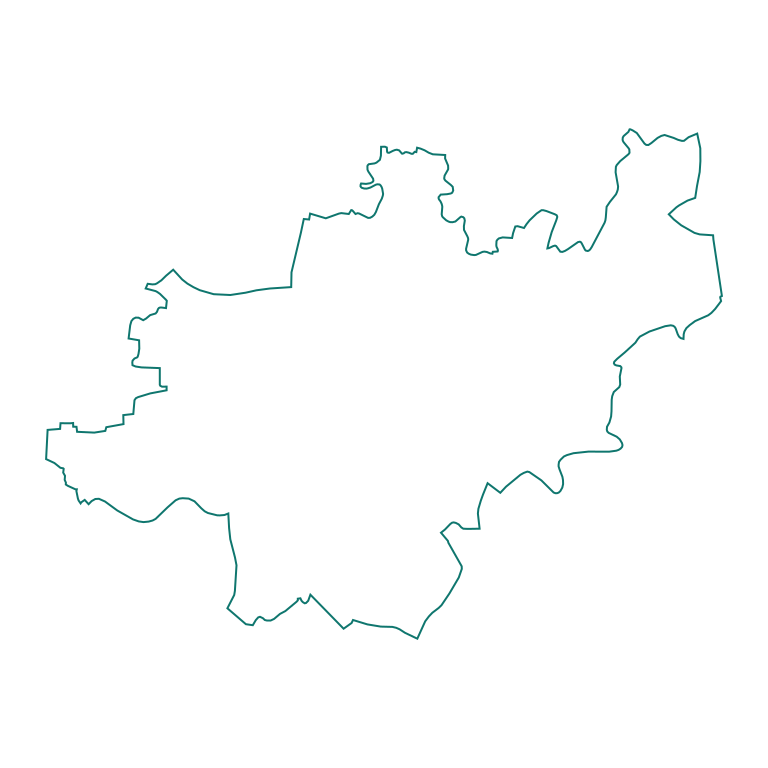 Hai Duong, Hải Dương, Vietnam (Mercator projection)
{"feature_id": "81297802B68427461655945", "entity_name": "Hai Duong", "entity_type": "district", "adm_level": 2, "iso_a3": "VNM", "parent_name": "Vietnam", "parent_adm1": "Hải Dương", "projection": "mercator", "projection_center": [106.339, 20.94], "detail": "fine", "context": "isolated", "style": "outline", "palette": "teal", "viewbox_px": 768, "rotation_deg": 0, "n_neighbors": 0, "source": "geoboundaries", "source_scale": "gbopen_adm2", "svg_char_len": 6094}
<svg xmlns="http://www.w3.org/2000/svg" viewBox="0 0 768 768"><path d="M88.6,504.2L91.6,501.1L95.3,499.0L98.9,498.8L105.0,501.5L117.3,510.5L133.0,519.4L138.7,521.4L143.5,522.1L148.6,521.6L152.6,520.5L155.6,518.9L167.5,507.4L175.6,500.3L179.3,498.6L182.7,498.2L188.7,498.6L194.5,501.3L201.3,508.3L204.7,511.3L207.9,513.0L217.1,515.3L219.7,515.4L224.5,515.0L228.3,513.5L229.1,528.1L230.3,539.3L235.0,557.5L236.5,565.3L234.9,590.9L234.2,595.0L227.4,608.3L245.9,624.2L252.8,625.2L255.8,620.1L258.2,617.4L260.0,616.8L262.9,618.2L264.8,620.0L266.8,620.5L270.7,620.5L274.1,618.9L280.0,613.9L285.3,611.1L296.5,601.8L297.8,600.4L297.8,598.7L300.4,598.3L301.5,600.7L302.8,602.1L304.7,603.3L306.0,603.0L308.2,600.8L310.4,594.7L343.6,628.7L351.6,623.0L353.0,620.0L367.4,624.4L380.8,626.6L392.4,626.9L396.2,627.8L399.6,629.3L405.0,632.8L417.3,638.7L425.2,621.3L428.9,616.4L432.3,612.8L438.6,608.0L441.5,605.2L449.4,593.5L458.8,577.5L461.8,568.9L461.7,566.3L448.4,542.8L447.9,540.9L441.0,532.7L444.9,529.6L450.3,524.0L452.1,522.7L453.6,522.4L455.8,522.9L458.7,524.4L461.3,527.4L463.3,528.7L467.9,528.9L479.6,528.7L477.9,513.5L478.4,508.8L480.8,500.7L483.0,494.6L487.6,483.2L500.3,492.8L506.0,486.7L520.4,474.8L523.8,472.9L527.3,471.6L529.4,472.1L541.4,480.4L553.6,492.5L555.4,493.2L557.0,493.2L558.7,492.6L560.4,491.0L562.3,487.6L563.1,484.1L563.0,480.1L562.4,476.8L559.5,469.3L558.6,466.4L558.6,464.7L559.0,461.9L560.6,459.7L563.9,456.5L566.9,455.1L573.5,453.2L588.5,451.6L609.0,451.7L616.3,450.7L618.6,449.9L620.6,448.6L622.1,446.9L622.5,445.1L622.0,443.1L619.8,439.4L616.7,436.7L608.7,432.9L607.3,431.5L606.8,429.8L607.0,426.8L609.4,422.5L611.1,416.5L611.5,411.3L611.7,399.7L612.2,396.2L613.8,392.0L619.3,387.1L620.2,384.5L619.8,376.5L621.5,368.0L621.3,367.2L620.3,366.1L616.3,365.4L614.6,364.6L613.9,363.2L614.3,361.7L617.2,358.8L624.8,352.4L635.4,342.7L637.7,339.2L639.9,336.6L649.5,331.5L665.1,326.2L670.8,325.3L673.2,325.8L674.6,326.8L675.6,328.3L677.7,334.2L679.0,336.6L680.7,338.1L683.5,338.9L683.7,334.3L684.4,331.5L686.4,328.1L689.7,325.1L695.1,321.1L708.2,315.3L711.4,312.9L715.2,308.9L721.1,301.1L720.2,297.6L720.4,296.7L721.9,296.0L713.4,239.5L713.1,235.3L699.7,234.4L694.5,232.9L681.2,225.3L673.8,219.4L668.8,214.3L676.4,207.3L679.1,205.4L687.5,200.6L695.2,197.9L697.0,186.1L699.7,172.0L700.4,161.1L700.3,148.3L697.2,133.6L688.6,137.2L684.0,140.8L682.0,140.9L678.0,139.8L673.6,137.9L664.6,135.0L661.3,135.9L657.6,137.9L651.4,143.0L648.4,145.0L646.2,144.9L644.5,143.6L636.8,133.0L632.7,130.4L630.3,129.3L629.6,129.3L628.4,131.9L623.7,136.0L622.8,137.5L622.6,139.5L622.8,140.7L623.6,142.2L628.5,148.1L629.3,149.4L629.5,152.8L628.5,154.2L620.2,161.1L616.7,165.1L615.9,166.8L615.6,172.3L618.1,186.5L617.8,189.5L617.0,192.0L616.0,194.3L609.9,201.9L606.6,206.8L605.8,217.4L605.4,220.3L604.6,222.7L591.7,247.1L590.1,249.5L588.8,250.6L587.8,251.0L585.8,250.6L585.0,249.8L581.7,243.3L580.8,242.1L579.9,241.7L578.0,242.1L568.0,249.1L565.0,250.9L562.4,251.9L560.3,251.7L556.2,246.1L555.0,245.6L553.2,246.1L549.0,248.1L547.4,248.4L548.6,242.8L551.7,232.1L556.2,220.5L557.2,217.3L557.2,216.4L556.6,215.2L554.7,214.2L546.3,211.0L543.2,210.2L541.5,210.2L536.7,213.5L529.6,220.3L526.5,224.2L524.0,228.0L517.6,226.2L515.3,226.5L513.1,233.1L512.1,238.0L502.7,237.4L498.9,238.4L497.4,239.7L496.5,241.1L496.3,245.1L496.5,246.7L497.7,249.3L497.9,250.8L497.6,251.5L492.8,251.8L492.4,253.7L490.2,253.4L486.9,252.0L484.4,251.6L482.5,251.9L476.0,254.9L474.2,255.1L470.8,254.6L468.7,253.7L467.1,252.5L466.1,250.3L466.1,248.7L468.2,239.8L468.1,238.2L467.4,236.4L464.0,229.9L463.9,226.1L464.8,220.6L464.3,218.3L463.3,217.2L461.3,216.6L460.4,217.1L455.4,221.5L452.5,222.2L450.1,222.1L448.6,221.6L446.2,220.3L442.7,217.1L442.1,216.1L441.7,214.3L442.3,206.8L442.1,205.5L441.6,203.7L440.5,201.4L439.0,199.4L438.6,198.3L438.6,197.2L440.7,194.6L447.0,194.2L450.8,193.5L452.2,192.7L453.2,190.5L452.7,186.8L450.9,185.0L445.5,180.7L444.5,179.4L444.2,178.3L444.6,175.6L448.1,169.4L448.2,168.6L448.1,165.6L445.1,158.5L445.2,155.0L432.8,154.3L428.7,152.7L424.6,150.3L420.5,148.6L417.1,147.7L416.3,152.1L414.7,151.8L412.8,153.8L411.5,153.8L408.9,152.7L406.4,152.1L404.9,152.3L403.7,153.3L402.4,153.7L401.9,153.6L399.2,150.4L396.9,149.7L395.1,150.0L392.8,150.9L389.1,152.8L388.1,152.7L387.5,152.5L387.1,151.7L386.8,147.5L384.9,146.7L381.1,146.8L380.9,155.7L379.9,159.8L376.5,162.6L374.6,163.4L368.8,164.2L367.8,165.2L367.4,166.1L367.5,169.7L368.3,171.5L373.1,178.7L373.4,180.8L372.6,182.0L370.3,183.2L366.0,183.9L361.1,183.5L360.6,184.8L360.5,186.3L361.0,187.1L361.8,187.8L364.1,188.5L366.5,188.6L368.0,188.3L370.5,187.5L375.8,184.7L377.3,184.3L379.6,184.5L380.6,185.4L381.5,186.8L382.2,188.6L383.1,193.9L382.8,195.7L381.8,198.7L378.9,204.2L375.9,212.0L374.3,214.8L372.3,216.6L370.1,217.8L368.1,217.9L359.1,213.5L357.6,213.2L355.5,214.0L352.8,210.9L351.8,210.1L351.2,210.1L348.8,214.0L341.3,213.1L338.9,213.6L325.8,218.3L310.1,213.6L309.1,219.5L303.8,219.0L300.9,232.7L291.5,272.3L291.2,287.1L269.9,288.5L256.4,290.3L245.6,292.7L230.3,295.0L213.7,294.2L199.8,290.2L193.5,287.2L187.4,283.6L182.2,279.5L173.2,269.7L166.1,275.7L161.5,280.2L156.9,283.4L155.2,284.2L152.5,284.4L147.7,283.8L145.7,288.5L155.6,291.1L157.3,292.0L160.0,293.9L166.0,299.8L166.8,300.8L166.0,308.1L161.4,307.5L160.1,307.5L158.9,308.0L158.0,309.1L157.0,311.8L155.6,313.5L150.2,315.1L146.0,318.6L143.2,320.2L138.6,317.7L135.7,317.6L133.3,318.8L131.4,321.1L130.2,325.3L128.6,338.5L139.1,340.3L139.3,348.7L138.5,353.9L137.7,356.7L137.1,357.4L134.5,358.5L132.6,360.6L132.3,362.5L132.5,365.2L135.6,366.5L141.5,367.4L159.8,368.1L159.8,384.8L160.3,385.8L162.1,386.7L166.6,386.6L166.6,390.3L150.3,393.4L138.1,397.1L135.9,398.2L134.5,400.2L133.3,414.0L123.3,415.1L123.5,424.1L106.3,427.2L105.3,430.9L94.3,432.6L77.1,431.8L76.5,426.8L73.2,426.7L73.1,423.0L70.0,423.3L60.5,423.2L60.1,428.9L47.6,429.9L46.1,459.1L54.4,463.0L60.4,467.8L63.2,468.3L63.7,468.8L63.2,472.6L65.0,475.8L64.7,479.9L65.9,482.6L65.8,484.5L67.8,485.8L75.4,489.3L76.8,489.3L76.4,491.1L77.9,498.5L78.6,500.5L80.6,503.4L81.3,502.3L84.7,499.9L88.6,504.2Z" fill="none" stroke="#0f766e" stroke-width="2"/></svg>